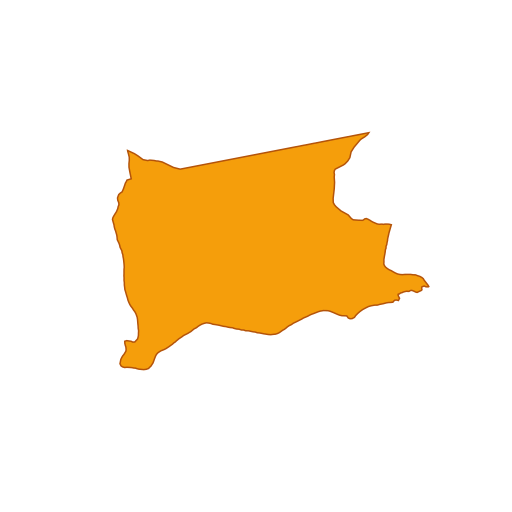 the district of Cidade De Lichinga, Niassa, Mozambique, rotated 301°
{"feature_id": "85939544B62365198391986", "entity_name": "Cidade De Lichinga", "entity_type": "district", "adm_level": 2, "iso_a3": "MOZ", "parent_name": "Mozambique", "parent_adm1": "Niassa", "projection": "natural_earth1", "projection_center": [35.229, -13.307], "detail": "fine", "context": "isolated", "style": "filled", "palette": "amber", "viewbox_px": 512, "rotation_deg": 301, "n_neighbors": 0, "source": "geoboundaries", "source_scale": "gbopen_adm2", "svg_char_len": 4780}
<svg xmlns="http://www.w3.org/2000/svg" viewBox="0 0 512 512"><g transform="rotate(301 256 256)"><path d="M263.7,104.0L257.9,109.3L254.6,106.3L253.1,106.5L251.2,106.5L249.5,106.9L247.6,107.3L245.7,107.7L243.8,108.0L242.0,108.2L240.1,107.3L238.0,106.7L236.3,107.0L234.4,107.4L232.6,108.8L230.9,111.0L229.3,112.1L227.4,112.4L225.4,113.1L223.4,113.4L221.8,113.6L220.1,113.5L218.3,113.5L216.8,113.5L215.2,113.6L213.5,114.1L212.4,115.2L210.6,117.1L209.6,118.2L208.1,119.4L206.5,121.0L205.1,122.8L203.5,124.5L202.2,125.9L200.6,127.2L198.5,128.7L197.4,130.4L196.2,132.2L195.0,133.6L193.4,135.1L192.2,137.0L191.4,138.3L189.8,139.6L188.5,141.2L186.9,142.4L185.5,143.7L183.6,145.2L182.0,146.4L180.2,147.7L178.4,148.9L176.7,149.7L174.8,150.8L173.0,151.9L171.0,153.0L169.3,154.2L167.2,155.4L165.3,156.9L163.3,158.1L161.3,159.7L159.7,160.9L158.2,162.6L156.4,164.5L155.2,165.8L154.0,167.2L152.3,168.9L150.9,170.7L149.4,172.9L148.4,174.9L147.7,176.8L146.6,178.9L145.9,180.7L144.8,182.6L143.7,184.0L142.3,185.7L140.5,187.2L138.8,188.4L137.0,189.7L135.4,190.9L133.3,192.3L131.4,193.9L129.3,195.0L127.4,196.1L125.5,196.8L123.7,197.2L122.0,196.8L119.9,196.4L118.7,194.7L118.6,192.9L117.7,190.8L116.9,188.8L115.3,187.4L113.5,188.6L112.1,190.0L111.0,191.3L109.0,192.8L107.4,193.5L105.4,193.5L103.6,193.5L101.8,193.2L99.9,193.2L97.7,193.4L95.8,194.1L93.6,194.9L92.3,196.9L92.2,198.7L92.8,200.9L94.1,202.6L95.1,204.5L96.4,207.1L97.1,209.1L97.8,210.4L98.1,212.0L98.7,213.9L99.8,216.2L100.8,218.3L102.4,220.3L104.2,221.8L105.9,222.2L107.7,222.7L109.3,222.7L111.1,222.8L113.4,222.4L115.3,222.0L117.0,221.7L118.9,221.4L120.6,221.4L122.6,221.8L124.3,222.6L125.7,223.3L128.2,225.2L130.0,226.4L131.6,227.2L133.5,228.1L135.6,229.0L137.4,229.8L139.2,230.3L140.8,231.1L142.4,231.5L143.7,232.0L145.0,232.4L146.9,233.3L148.8,234.2L150.6,234.9L152.5,236.1L154.5,237.4L156.1,238.2L157.5,239.0L159.5,239.7L161.7,240.5L163.9,241.9L165.9,242.6L167.7,243.5L169.7,244.7L171.5,246.2L173.2,247.9L174.3,250.3L174.9,252.0L175.3,254.2L176.2,256.3L177.0,258.3L177.7,260.2L178.3,262.2L179.0,264.4L180.0,266.6L180.6,268.7L181.4,270.8L182.4,272.8L182.7,274.6L183.4,276.9L184.5,279.1L185.1,281.6L186.3,283.8L186.5,285.4L188.1,288.3L188.8,290.5L189.5,292.5L190.5,294.7L190.8,296.5L191.8,298.5L192.5,300.4L193.3,302.7L194.1,304.6L195.0,306.9L196.1,309.1L197.7,311.1L199.1,313.0L200.7,314.4L202.4,315.5L204.5,316.4L206.1,317.1L207.6,318.0L209.2,318.7L211.4,319.4L213.2,320.2L215.5,321.7L217.6,322.6L219.7,324.0L221.7,325.3L223.5,326.4L225.5,327.7L227.3,328.6L229.2,330.0L231.1,331.4L232.7,332.3L234.5,333.5L236.2,334.9L238.0,336.3L240.1,337.9L241.9,339.5L242.9,340.7L243.9,341.8L245.1,343.9L246.2,345.9L246.8,347.9L247.1,349.8L247.4,351.6L247.7,354.0L248.0,356.2L248.3,358.0L249.1,360.5L250.1,362.2L251.4,364.6L250.5,366.8L250.4,367.0L250.6,368.8L251.8,370.6L254.1,372.0L256.2,372.1L259.2,372.8L262.0,373.7L265.2,375.1L268.2,376.9L270.7,378.5L272.6,380.3L274.9,382.9L276.5,385.4L278.3,387.0L280.6,389.6L283.1,392.0L284.4,393.6L285.4,395.1L286.1,396.1L286.4,396.3L286.8,397.1L288.3,397.3L289.7,397.8L290.7,399.3L291.2,401.0L293.7,400.8L294.4,399.6L295.4,398.2L296.0,397.7L296.6,397.6L297.4,398.5L298.7,398.9L299.7,400.0L301.1,400.9L302.5,402.3L303.4,403.3L303.9,404.4L304.4,405.3L306.0,406.2L306.8,407.3L307.1,408.9L307.4,411.8L307.8,412.9L310.1,414.4L311.2,415.2L312.1,415.6L312.6,415.6L313.8,414.5L315.0,414.1L316.9,415.6L317.1,417.4L317.8,418.8L318.6,419.7L318.5,420.4L319.6,418.4L320.3,416.6L321.2,414.3L321.9,412.5L322.7,411.1L323.0,409.3L322.9,406.9L322.3,404.5L322.0,402.5L320.8,400.3L319.8,397.9L318.3,395.4L316.8,393.0L315.4,391.1L314.3,388.9L313.5,386.6L313.2,384.2L313.1,381.7L313.1,379.5L312.8,377.3L312.9,374.8L313.2,372.7L313.9,371.1L314.9,369.7L317.0,368.6L318.7,367.5L320.4,366.8L322.2,366.1L324.1,365.4L326.1,364.6L328.0,363.7L329.7,363.4L331.2,362.5L333.1,362.2L335.0,361.4L336.9,360.8L338.5,360.0L340.6,359.3L342.5,358.7L344.2,358.1L352.5,355.9L351.7,353.4L349.9,350.3L349.7,350.0L348.8,349.0L348.3,347.8L347.8,346.9L346.9,345.7L346.3,344.5L345.9,343.3L345.7,341.9L345.5,340.4L345.3,339.0L345.2,337.2L345.3,335.3L345.2,333.0L344.9,331.2L343.7,330.0L342.4,329.6L341.4,328.9L341.1,328.4L340.7,327.6L339.5,325.5L337.1,320.7L337.2,318.5L338.7,313.9L338.4,305.6L339.5,299.2L340.2,297.1L341.6,294.7L345.2,292.4L354.0,288.4L359.6,285.4L363.9,282.4L366.2,281.3L367.8,279.9L369.6,279.2L371.3,279.2L379.0,284.0L380.8,284.8L384.6,285.7L388.6,285.8L394.2,283.9L399.7,284.0L408.7,285.4L410.4,285.9L414.3,287.9L417.7,289.1L419.8,289.2L291.4,146.3L289.4,139.7L288.3,127.3L286.9,123.0L286.1,121.6L285.4,119.5L283.5,115.6L282.0,114.0L280.4,109.5L281.0,103.4L281.1,99.1L280.4,92.4L280.3,91.6L279.6,92.2L278.0,93.9L275.5,96.4L272.8,98.1L269.8,99.5L266.7,101.4L263.7,104.0Z" fill="#f59e0b" stroke="#b45309" stroke-width="1.5"/></g></svg>